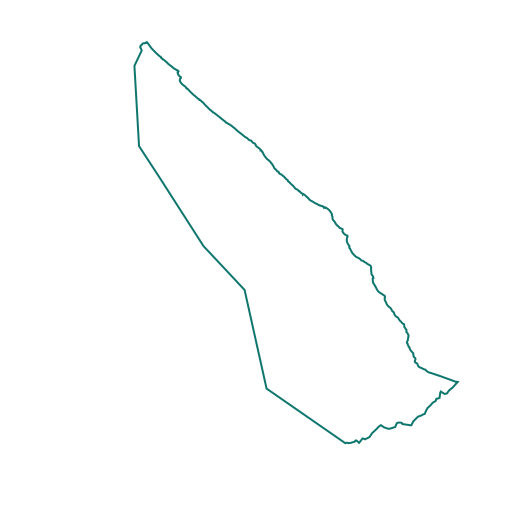 South Guadalcanal, Guadalcanal, Solomon Islands, rotated 226°
{"feature_id": "97153195B58101898205888", "entity_name": "South Guadalcanal", "entity_type": "district", "adm_level": 2, "iso_a3": "SLB", "parent_name": "Solomon Islands", "parent_adm1": "Guadalcanal", "projection": "orthographic", "projection_center": [160.082, -9.739], "detail": "fine", "context": "isolated", "style": "outline", "palette": "teal", "viewbox_px": 512, "rotation_deg": 226, "n_neighbors": 0, "source": "geoboundaries", "source_scale": "gbopen_adm2", "svg_char_len": 5996}
<svg xmlns="http://www.w3.org/2000/svg" viewBox="0 0 512 512"><g transform="rotate(226 256 256)"><path d="M25.3,313.6L26.1,313.0L27.4,311.9L28.3,311.6L41.8,305.0L50.6,300.4L51.7,299.7L53.4,299.1L54.6,298.8L55.3,298.8L56.2,298.9L56.6,298.9L57.8,298.1L59.4,297.6L62.7,296.3L63.2,296.2L64.0,296.2L66.3,297.1L66.8,297.2L67.3,297.1L68.5,296.7L69.3,296.7L69.7,296.9L70.0,297.2L70.4,297.7L70.5,298.2L70.9,298.9L71.6,299.5L72.0,299.6L73.7,299.4L74.3,299.6L75.1,300.4L76.0,300.7L76.8,301.6L79.8,301.6L81.7,301.9L82.4,302.1L83.1,302.5L83.5,302.9L84.7,302.8L85.3,303.1L85.9,303.4L86.7,303.5L87.4,304.1L88.2,304.1L88.7,304.2L89.3,304.8L89.8,306.3L90.0,306.8L91.1,308.0L91.6,309.2L92.2,309.5L92.6,310.3L92.9,310.6L93.7,310.8L95.3,311.4L96.4,311.4L97.1,311.5L98.0,312.7L98.5,313.0L99.8,313.0L100.0,313.0L100.3,313.2L101.9,313.4L102.9,314.3L104.0,315.0L104.3,315.1L105.1,314.7L105.6,314.6L107.1,314.6L108.0,314.7L109.3,314.6L110.4,314.7L112.6,315.2L113.2,315.3L114.6,314.8L115.8,314.7L117.6,314.9L118.4,315.3L118.8,315.6L119.8,316.0L120.9,315.8L121.9,315.8L124.2,316.5L125.3,316.6L127.3,316.3L129.9,316.4L131.2,316.8L132.2,317.4L132.8,317.4L135.0,318.1L136.3,319.3L136.4,319.8L136.7,320.1L137.0,320.2L137.4,320.7L138.0,320.9L140.6,320.3L141.2,320.3L142.0,319.9L143.0,319.8L144.7,319.4L146.4,319.4L149.2,320.1L150.1,320.5L150.8,320.5L151.9,321.0L154.0,321.3L155.5,321.7L156.0,322.0L158.7,324.2L158.8,324.5L158.6,325.1L159.0,325.2L159.8,326.0L161.6,326.2L162.9,326.6L164.2,327.7L165.3,328.5L167.3,330.3L167.5,330.7L167.8,330.9L169.1,331.6L169.7,331.6L173.1,330.6L174.7,330.5L175.7,330.0L178.1,329.6L178.5,329.4L179.2,328.9L179.7,328.7L181.0,328.8L183.3,328.4L185.5,327.5L186.7,327.3L189.4,327.3L190.9,327.3L191.8,327.5L195.0,328.4L195.4,328.6L195.9,328.8L196.2,328.8L196.5,328.7L196.9,328.8L197.6,329.2L197.8,329.7L198.2,330.1L201.1,330.5L202.5,331.1L203.5,331.6L204.6,332.5L205.4,333.5L206.2,334.8L206.2,335.1L206.9,335.8L207.2,335.9L208.0,335.4L208.8,335.1L209.9,334.9L211.5,334.8L213.1,335.1L213.8,335.4L214.8,336.7L215.1,336.9L215.6,336.9L217.5,335.9L218.1,335.7L218.7,335.7L219.3,335.8L220.1,335.8L221.6,335.6L224.1,335.8L226.1,336.4L227.6,336.4L228.6,336.5L229.6,336.9L231.0,338.2L232.8,338.9L233.1,339.6L234.0,339.8L234.2,340.0L235.6,340.2L236.2,340.4L238.1,340.5L239.5,340.4L241.2,340.1L241.9,339.8L242.2,339.7L242.3,339.5L242.5,339.7L243.1,339.4L243.3,339.3L243.3,339.0L243.7,338.8L243.7,338.6L244.1,338.8L244.6,338.8L245.2,338.4L245.5,338.4L246.2,338.2L246.2,337.9L247.0,337.6L247.4,337.3L248.3,337.0L248.5,336.6L249.0,336.6L250.3,336.3L252.7,335.3L256.0,334.5L257.7,333.9L258.5,333.7L260.1,333.6L260.7,333.8L261.3,333.6L262.0,333.8L262.6,333.8L263.3,333.5L265.8,333.5L266.5,333.4L266.8,333.2L267.7,333.0L267.7,332.7L267.9,332.9L268.6,332.8L269.3,332.3L272.4,332.3L272.5,332.0L273.4,331.9L274.7,332.0L276.8,331.2L279.5,331.3L281.0,331.5L281.8,331.3L283.8,331.2L285.6,331.3L286.2,331.3L286.4,331.1L287.8,331.0L288.5,331.5L288.8,331.4L290.2,331.2L290.9,331.2L291.4,331.2L291.9,331.3L292.8,331.1L293.2,331.3L293.7,331.3L295.2,331.0L296.3,330.9L296.7,331.0L298.0,330.4L299.3,330.1L300.0,330.2L300.1,330.5L301.1,330.6L302.3,330.1L304.4,330.4L304.9,330.3L305.4,330.1L307.1,330.3L307.5,330.6L309.4,331.1L310.0,331.1L310.4,331.4L311.2,331.5L312.7,331.4L313.4,331.7L314.0,331.8L315.3,331.6L316.2,331.7L316.7,331.5L318.2,331.3L319.0,331.4L320.8,331.5L322.3,331.7L323.5,332.0L324.2,332.2L324.9,332.5L325.7,332.7L325.9,332.6L326.3,332.7L326.6,333.0L327.0,333.0L328.1,333.1L328.3,333.0L328.5,333.1L328.9,333.1L329.1,333.0L329.1,332.8L329.6,333.1L330.9,333.2L331.9,332.9L333.5,332.7L333.8,332.6L334.9,332.5L335.5,332.6L336.3,333.1L337.7,333.2L340.0,332.4L342.0,332.7L342.6,332.6L343.1,332.1L343.7,331.8L344.7,331.6L347.4,331.5L348.4,331.0L348.9,331.0L349.7,330.7L350.9,330.7L352.5,330.4L353.4,330.4L354.3,330.2L358.6,329.6L362.1,329.4L363.4,329.3L364.1,329.1L366.6,328.9L368.9,328.4L369.6,328.1L371.4,327.6L371.6,327.5L372.0,327.5L373.1,327.0L373.5,327.3L374.5,327.2L377.2,326.7L378.2,326.7L378.6,326.5L382.1,326.2L382.8,326.0L385.0,325.8L387.9,325.3L388.7,325.1L388.9,324.9L390.2,325.0L390.7,324.7L391.8,324.8L392.8,324.5L393.8,324.5L395.2,324.4L396.1,324.5L396.5,324.4L397.0,324.5L398.8,324.3L403.8,324.5L404.2,324.3L405.6,324.2L406.1,324.4L407.0,324.0L407.5,324.0L407.6,323.7L408.3,323.9L409.4,323.6L413.2,323.3L415.2,323.0L419.9,322.8L423.1,322.9L423.9,322.9L424.2,322.6L424.9,322.4L425.3,322.5L425.5,322.7L425.9,322.6L426.3,322.8L426.9,322.8L430.0,322.3L432.0,322.2L432.5,322.3L433.5,322.5L434.5,322.7L434.6,322.9L435.5,323.3L435.6,323.7L436.2,324.5L436.3,325.3L436.2,325.6L436.8,326.2L437.2,326.2L437.8,325.9L439.0,326.0L440.1,325.9L441.6,326.5L442.0,326.8L442.0,327.1L442.1,327.3L442.4,327.2L442.6,327.7L442.7,328.6L443.3,328.7L443.8,328.6L444.4,328.1L445.0,328.2L445.5,327.9L446.7,327.7L448.1,327.2L451.2,327.0L452.8,326.6L453.6,326.6L455.3,326.3L456.1,326.4L461.0,326.0L462.2,325.7L462.4,325.5L463.0,325.5L463.7,325.6L464.6,325.4L464.9,325.8L465.5,325.8L465.9,325.6L467.3,325.4L471.7,325.1L477.7,325.1L479.7,325.3L479.9,325.4L483.1,325.8L484.0,326.0L484.8,326.1L485.0,326.0L485.4,326.1L485.6,326.0L485.6,325.5L485.9,325.4L486.0,324.7L485.8,324.5L486.3,324.0L486.4,323.6L486.8,323.3L487.4,322.5L487.5,321.1L487.2,320.0L487.4,319.8L487.3,318.7L486.9,318.0L486.6,317.7L486.1,317.7L485.7,317.4L485.1,317.4L484.5,317.0L483.2,316.5L477.2,300.6L416.3,248.2L379.8,241.2L299.5,225.1L283.6,224.9L239.5,224.2L153.3,171.5L59.3,190.2L58.6,191.7L57.1,192.5L55.7,194.5L53.9,197.9L54.1,199.3L53.7,200.0L51.7,200.3L50.0,200.3L50.7,205.9L49.1,206.9L48.4,207.1L46.9,211.8L47.9,216.5L47.8,222.7L48.0,225.5L47.6,228.3L43.8,229.1L40.4,230.8L38.9,232.1L36.3,237.3L37.9,241.2L37.4,242.4L36.2,243.9L35.0,244.7L34.3,245.0L33.4,244.6L26.7,249.7L26.4,250.1L27.8,254.5L27.9,260.9L26.2,264.7L26.0,266.1L25.2,267.6L26.9,271.8L27.5,273.8L27.4,277.8L27.7,281.1L26.9,284.6L28.0,286.5L27.1,287.9L26.4,289.4L29.7,293.6L30.1,294.8L25.8,295.8L24.5,297.8L25.2,301.5L24.8,306.1L25.3,313.6Z" fill="none" stroke="#0f766e" stroke-width="2"/></g></svg>